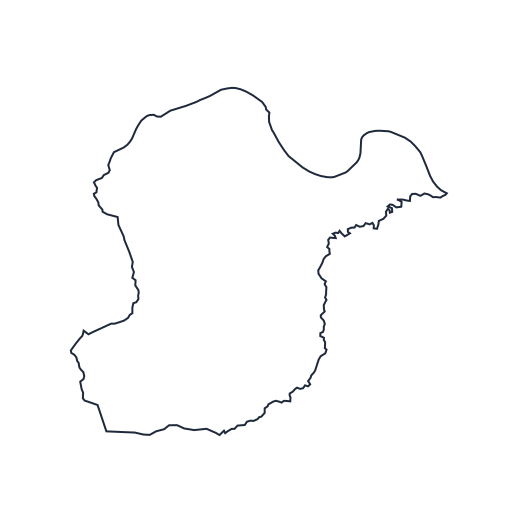 the district of Ananás, Tocantins, Brazil, rotated 80°
{"feature_id": "56859067B59489499559631", "entity_name": "Ananás", "entity_type": "district", "adm_level": 2, "iso_a3": "BRA", "parent_name": "Brazil", "parent_adm1": "Tocantins", "projection": "natural_earth1", "projection_center": [-48.183, -6.194], "detail": "fine", "context": "isolated", "style": "outline", "palette": "slate", "viewbox_px": 512, "rotation_deg": 80, "n_neighbors": 0, "source": "geoboundaries", "source_scale": "gbopen_adm2", "svg_char_len": 3700}
<svg xmlns="http://www.w3.org/2000/svg" viewBox="0 0 512 512"><g transform="rotate(80 256 256)"><path d="M117.1,217.9L113.6,220.5L110.8,220.6L105.4,223.2L97.4,231.0L92.1,237.5L89.1,242.3L87.0,247.0L86.2,250.9L86.0,255.2L86.2,261.5L90.4,273.6L91.5,278.1L92.7,284.1L93.8,287.5L96.0,299.0L98.0,315.1L102.3,325.6L101.4,329.4L99.2,332.1L98.7,336.5L99.3,339.4L101.6,343.5L102.8,345.5L106.7,349.2L110.3,352.1L118.8,357.7L121.5,360.2L124.2,363.5L126.2,367.5L129.1,377.9L134.6,382.1L137.6,383.7L140.8,385.7L146.0,385.1L148.4,386.8L149.9,391.9L152.4,394.2L153.5,400.1L155.3,402.8L159.2,401.7L161.2,400.7L165.6,402.1L166.6,404.9L169.0,404.8L172.0,403.3L175.7,402.0L178.9,402.1L183.7,399.2L185.8,399.4L189.1,395.3L193.6,385.5L201.5,386.1L213.7,382.9L217.5,382.8L229.9,380.1L240.5,378.4L245.2,380.1L250.6,379.0L256.0,381.6L259.0,378.8L264.0,380.0L269.1,377.8L271.6,377.8L274.4,378.9L278.1,379.3L280.7,381.9L281.2,385.0L285.3,386.7L290.9,387.7L292.1,390.6L294.7,392.7L296.7,397.2L297.5,402.3L298.1,407.0L297.5,410.5L302.6,430.0L304.0,434.6L299.6,438.7L302.4,439.8L304.6,441.0L306.4,443.5L310.6,448.3L314.7,452.6L317.0,454.8L319.4,454.7L321.9,451.9L324.7,450.5L328.3,450.3L330.5,449.2L332.8,449.3L335.3,449.2L337.8,448.0L340.4,446.2L344.5,446.0L347.3,447.3L349.2,450.9L353.8,450.9L357.2,450.8L360.6,450.0L366.0,451.2L368.6,449.9L375.2,437.9L402.7,433.8L406.9,414.8L408.8,406.1L412.3,397.8L413.7,391.7L411.3,384.8L410.6,376.5L407.6,371.0L408.9,363.1L413.4,356.6L416.7,347.1L417.6,334.7L423.2,326.3L426.0,323.0L422.5,317.9L425.1,317.1L423.6,314.2L422.0,309.9L422.5,307.2L419.8,303.6L420.5,296.4L417.6,293.7L417.2,289.9L418.0,287.1L416.9,282.7L415.3,280.9L415.1,278.6L412.0,274.7L407.5,273.9L406.1,270.7L404.2,269.5L402.4,264.4L402.0,261.7L403.5,258.4L404.8,256.3L403.5,253.7L404.0,251.3L405.1,247.5L401.4,246.6L399.2,247.1L397.3,246.7L396.0,243.4L393.8,240.6L392.8,238.6L394.5,235.5L394.4,232.6L391.9,230.2L393.4,227.3L391.7,224.9L388.2,226.4L385.4,223.4L383.2,222.3L381.0,219.4L379.0,217.6L368.8,212.2L365.9,209.7L363.9,204.7L360.5,202.8L358.7,204.2L355.7,203.5L353.1,202.9L350.2,203.8L348.3,203.3L346.0,206.6L343.1,206.0L342.4,203.2L340.2,202.0L337.3,201.5L334.8,200.0L331.3,200.5L327.7,202.8L325.6,202.5L322.6,198.0L320.1,198.3L316.2,197.8L313.2,195.7L311.5,194.2L308.9,195.2L306.1,193.7L303.1,193.1L299.1,192.1L295.5,193.3L293.1,191.6L289.3,195.4L286.4,196.6L284.5,197.5L280.9,197.2L278.5,195.1L274.3,191.9L270.7,189.9L268.4,187.3L266.7,182.9L264.0,182.9L261.9,182.5L259.5,184.4L256.4,182.1L252.7,182.1L250.7,180.0L252.2,174.4L249.7,174.8L247.4,176.5L246.8,173.5L247.7,171.1L245.7,169.3L248.6,167.8L252.1,165.1L250.0,159.6L248.2,161.3L245.5,160.9L244.6,157.0L245.1,154.1L242.9,152.0L245.2,148.8L245.2,145.0L242.7,142.3L244.6,138.5L243.6,135.6L246.2,134.6L249.2,135.3L250.2,132.1L246.0,129.9L242.8,129.0L241.5,124.1L238.9,120.7L234.9,120.3L232.4,117.9L234.3,116.5L236.6,116.7L236.2,114.2L232.5,113.8L230.1,117.7L228.5,115.0L229.4,112.5L232.5,109.3L232.7,104.4L228.1,103.2L226.5,104.8L224.8,107.4L226.0,101.4L227.5,98.0L228.5,94.9L224.1,93.8L222.0,91.5L222.5,87.9L225.3,83.6L223.7,79.3L225.0,76.0L226.9,73.4L228.8,71.5L229.2,68.4L230.5,64.3L229.3,61.5L228.8,59.1L227.4,57.2L223.3,62.4L219.2,65.6L213.4,68.7L207.2,70.7L197.9,72.5L185.8,75.2L182.3,76.2L175.3,80.2L170.3,83.7L165.4,88.7L157.4,101.3L156.2,103.7L154.0,113.0L153.5,117.0L153.6,123.1L154.3,125.6L155.9,129.0L157.6,131.0L159.6,132.2L173.0,135.3L176.9,137.0L178.8,138.2L181.2,140.5L188.1,150.7L189.3,153.1L191.8,165.6L191.5,168.8L190.6,172.6L188.4,178.4L185.6,183.6L182.1,188.8L176.9,194.7L175.2,196.2L163.2,206.6L156.4,210.1L148.0,213.7L137.0,217.4L134.8,218.4L126.2,219.8L120.5,219.0L117.1,217.9Z" fill="none" stroke="#1e293b" stroke-width="2"/></g></svg>